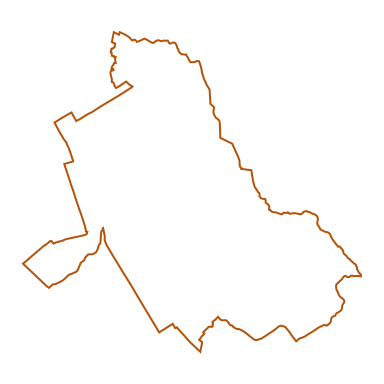 outline of Greci, Tulcea, Romania
{"feature_id": "2599482B78570250363817", "entity_name": "Greci", "entity_type": "district", "adm_level": 2, "iso_a3": "ROU", "parent_name": "Romania", "parent_adm1": "Tulcea", "projection": "mercator", "projection_center": [28.252, 45.183], "detail": "fine", "context": "isolated", "style": "outline", "palette": "amber", "viewbox_px": 384, "rotation_deg": 0, "n_neighbors": 0, "source": "geoboundaries", "source_scale": "gbopen_adm2", "svg_char_len": 5850}
<svg xmlns="http://www.w3.org/2000/svg" viewBox="0 0 384 384"><path d="M49.0,287.8L51.7,285.3L52.4,285.0L52.9,284.3L53.9,284.3L56.5,283.7L62.5,280.6L63.8,279.6L68.3,275.3L69.8,274.3L71.0,274.1L75.1,272.3L76.2,271.8L77.0,271.1L77.8,269.9L80.6,263.1L81.5,262.1L83.5,260.9L84.0,260.3L85.0,258.4L84.9,258.1L85.8,256.7L86.4,256.3L88.0,254.6L88.9,254.3L92.1,254.3L93.6,253.8L95.8,252.5L97.3,249.9L97.9,248.4L98.8,245.4L99.0,244.8L100.0,243.7L100.2,243.1L100.5,242.1L101.0,234.0L101.3,231.7L101.5,231.1L102.0,230.6L102.5,230.2L102.8,228.2L103.1,228.0L104.8,236.5L104.6,240.0L106.5,244.9L111.9,254.1L124.6,274.9L130.5,284.3L139.5,299.6L159.2,332.4L171.5,324.6L172.6,323.8L173.2,324.6L175.2,328.1L175.8,328.0L176.9,327.3L177.1,327.4L177.8,328.5L179.0,329.8L190.5,342.6L200.3,351.8L202.2,342.2L199.2,339.9L202.0,336.0L204.4,333.7L203.2,332.2L208.8,326.8L209.9,326.6L210.7,326.7L211.5,327.1L212.8,326.0L212.6,325.8L212.7,325.6L212.5,325.0L212.6,324.3L213.1,323.7L213.2,323.3L212.4,322.1L213.0,321.3L215.3,319.7L218.1,316.8L219.6,318.7L221.1,320.0L221.6,320.2L223.6,320.3L224.3,320.3L225.3,320.1L226.3,320.4L226.8,320.8L228.9,323.1L229.2,323.9L230.2,325.1L230.8,325.4L231.8,325.3L232.9,326.4L233.4,327.1L234.5,327.5L235.0,328.2L237.0,329.0L238.4,328.9L240.9,329.9L242.9,331.0L246.5,333.4L249.0,335.6L253.0,338.7L253.9,339.4L255.5,340.0L256.7,340.0L261.6,338.5L271.7,331.9L274.8,329.7L278.8,326.4L281.0,325.7L282.3,325.9L284.6,326.7L285.5,327.2L289.6,332.2L291.9,335.7L296.2,341.3L298.9,338.9L299.7,338.4L302.8,337.4L305.5,336.1L308.4,334.0L309.6,333.5L315.0,330.0L318.5,327.6L321.7,326.0L324.6,324.8L324.9,324.8L326.4,325.6L327.0,325.5L330.2,322.8L330.8,321.5L331.1,319.4L331.3,318.6L331.6,317.9L332.3,317.0L333.5,316.3L334.8,315.9L335.5,315.1L335.9,314.0L336.8,313.0L338.4,312.3L340.2,311.1L341.2,310.0L341.6,309.5L342.0,308.2L342.3,305.5L342.6,304.6L343.1,303.8L344.1,302.5L344.3,301.8L344.3,301.2L343.9,300.1L343.6,299.5L342.4,298.4L340.9,297.4L339.8,296.3L339.2,295.5L338.5,294.2L337.7,291.9L336.5,289.6L336.3,288.8L336.0,286.3L336.2,285.0L336.6,284.3L337.3,283.5L340.1,280.8L341.7,279.5L342.1,279.0L342.9,277.6L343.8,276.6L345.1,275.9L345.5,275.8L347.5,277.1L348.7,277.2L349.3,277.0L350.9,275.7L352.3,275.6L354.0,276.2L357.3,276.0L359.8,276.1L360.5,276.0L360.9,276.2L361.0,275.3L360.7,274.5L360.5,274.1L359.6,273.5L359.4,273.0L358.7,272.4L358.3,271.4L357.0,269.0L357.0,268.7L357.1,267.2L356.4,266.5L355.8,264.7L354.9,263.9L354.1,263.6L353.2,262.6L352.4,262.0L352.1,261.6L350.5,260.4L350.1,259.4L348.1,258.3L346.9,256.5L346.2,255.7L344.9,254.6L344.1,254.0L343.6,253.1L342.9,250.5L342.5,249.8L339.8,246.6L339.4,246.5L338.1,246.7L335.3,243.1L334.4,242.0L331.8,238.3L331.1,236.5L330.1,234.4L329.3,233.4L328.5,232.7L327.7,232.3L324.8,231.7L323.2,230.8L322.0,230.3L320.3,229.3L319.3,227.1L318.0,225.3L317.4,224.2L317.3,223.5L317.4,221.6L317.5,220.7L318.0,219.6L317.6,217.5L317.3,216.6L315.7,214.9L313.1,213.8L311.3,213.3L310.4,212.4L308.8,211.9L307.9,211.8L306.7,211.1L306.2,211.1L304.6,211.5L303.1,212.3L302.5,213.3L302.1,213.6L301.6,213.7L300.6,214.2L299.1,214.1L298.0,213.7L294.3,213.1L289.5,213.8L288.4,212.6L287.8,212.3L287.0,213.0L283.6,212.7L282.3,214.1L281.7,214.4L279.7,213.7L278.2,213.4L277.1,212.8L275.3,212.2L274.3,212.4L271.7,211.6L271.1,211.1L270.4,210.1L269.4,210.0L269.2,209.8L269.0,209.4L269.2,208.3L269.2,207.6L269.3,206.9L269.2,206.2L268.2,204.5L266.6,203.5L265.7,202.7L265.6,200.1L265.0,198.9L264.6,198.8L264.2,199.0L262.2,198.7L260.8,198.1L259.4,196.0L259.6,194.8L259.3,193.1L257.9,191.9L257.0,190.3L254.6,186.8L253.0,180.7L251.3,170.2L241.2,168.9L241.5,168.2L240.3,167.0L239.9,166.5L239.8,166.0L239.4,160.1L237.7,155.8L232.2,143.7L220.3,137.8L219.9,124.8L219.6,121.7L219.0,120.2L215.7,117.5L214.0,114.7L213.4,111.8L214.1,107.2L210.4,103.9L209.6,89.6L206.6,84.7L203.8,78.5L202.1,73.0L201.1,67.4L199.1,61.3L196.6,61.0L195.3,61.8L193.7,62.2L190.4,62.2L188.9,59.8L188.2,58.0L186.6,55.6L186.1,54.5L185.6,54.4L184.9,54.7L183.8,54.4L182.2,54.3L181.0,53.8L179.9,53.0L179.6,52.3L178.9,51.6L178.6,51.1L178.3,49.3L177.7,48.6L177.2,47.8L176.9,46.0L176.1,44.6L175.5,43.4L175.2,43.0L174.3,42.6L173.3,42.5L172.6,42.6L169.9,43.7L169.0,42.9L167.9,40.7L163.5,40.6L161.1,41.3L160.2,40.8L158.2,40.3L157.3,40.4L156.4,40.7L155.1,41.6L153.7,42.8L152.7,42.9L151.5,42.5L145.4,38.9L144.8,38.7L143.3,39.1L140.8,40.4L137.6,41.7L136.8,41.8L135.5,40.1L134.9,39.8L133.8,39.8L132.7,40.4L132.2,40.4L131.6,39.9L129.6,37.6L127.0,35.7L124.0,34.1L119.7,32.2L118.9,34.8L113.8,32.2L111.9,42.0L112.2,42.4L115.2,43.6L114.7,46.4L114.7,47.0L114.3,47.3L113.4,48.0L113.1,48.4L112.5,48.4L112.3,48.8L112.0,48.9L111.5,48.8L111.0,50.6L110.7,52.3L111.6,52.5L111.6,53.6L111.7,54.1L111.9,55.7L114.1,56.2L114.0,56.9L115.6,57.0L115.2,58.4L115.1,59.5L115.7,63.1L114.0,63.1L113.4,64.7L111.9,66.9L111.5,69.0L113.1,69.0L113.5,70.1L110.7,71.2L110.4,73.4L111.9,79.5L111.9,79.9L111.7,81.8L112.0,82.1L112.8,82.1L113.5,82.9L114.3,84.3L114.4,84.7L114.4,85.5L114.5,86.0L116.0,88.0L119.6,86.0L126.1,81.5L129.4,84.7L132.5,86.5L131.8,87.3L118.5,95.8L100.5,106.5L95.4,109.9L94.8,110.4L91.1,112.6L88.0,114.0L86.0,115.3L84.3,116.2L81.6,118.1L79.4,119.4L76.2,121.0L71.5,112.5L69.5,113.5L62.0,117.9L54.5,122.6L59.8,132.5L63.7,139.0L65.1,141.0L65.7,141.5L66.7,143.3L67.1,144.7L68.3,147.1L69.3,149.7L71.3,155.3L72.3,158.7L73.3,161.0L73.2,161.4L64.3,164.0L64.7,165.6L65.2,166.8L68.4,176.5L69.8,180.7L71.2,185.3L73.0,190.2L74.8,196.0L79.3,209.5L80.8,213.3L82.3,218.0L82.7,218.9L83.0,220.1L83.8,222.8L84.0,223.2L85.3,227.5L85.3,228.2L86.0,230.4L85.7,230.7L85.7,231.1L86.2,231.6L87.3,231.9L87.0,232.6L87.0,233.1L86.9,233.5L86.4,234.3L83.4,235.4L65.9,239.2L64.2,239.8L63.5,240.4L56.1,242.4L53.6,243.6L52.4,242.5L51.8,241.3L51.3,240.9L50.6,241.3L50.1,241.2L49.8,241.3L49.6,241.7L45.3,245.1L45.0,244.9L30.2,257.5L30.3,257.5L28.4,259.2L23.0,263.7L46.1,285.6L49.0,287.8Z" fill="none" stroke="#b45309" stroke-width="2"/></svg>